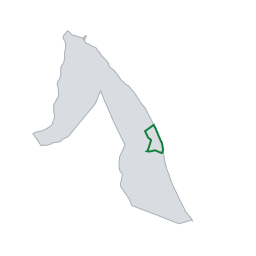 location of Shabeellaha Dhexe within Somalia, rotated 291°
{"feature_id": "SOM-2410", "entity_name": "Shabeellaha Dhexe", "entity_type": "Region", "adm_level": 1, "iso_a3": "SOM", "parent_name": "Somalia", "parent_adm1": "", "projection": "albers", "projection_center": [46.104, 3.02], "detail": "fine", "context": "in_parent", "style": "outline", "palette": "green", "viewbox_px": 256, "rotation_deg": 291, "n_neighbors": 0, "source": "natural_earth", "source_scale": "10m", "svg_char_len": 2871}
<svg xmlns="http://www.w3.org/2000/svg" viewBox="0 0 256 256"><g transform="rotate(291 128 128)"><path d="M64.6,220.3L64.4,219.7L63.1,218.0L60.6,214.9L58.8,212.5L56.9,210.1L56.9,208.1L56.9,202.4L57.0,190.9L57.0,179.3L57.0,167.8L57.0,162.0L57.0,159.7L57.2,159.3L59.3,157.2L62.2,154.4L65.9,149.1L67.9,146.2L69.6,143.8L70.0,143.0L71.5,141.6L74.3,140.7L76.1,140.6L82.0,139.5L82.9,139.1L83.4,138.6L83.9,137.4L85.1,135.8L86.6,134.7L89.5,133.3L92.2,132.0L92.9,131.8L96.2,131.1L97.0,130.8L98.4,130.5L98.9,130.5L103.6,130.8L107.2,131.0L111.0,131.3L111.4,131.1L114.0,128.2L118.2,123.7L120.9,120.8L125.0,116.3L128.1,113.0L131.6,109.4L135.0,106.1L139.1,102.2L141.7,99.7L145.6,95.8L149.4,92.2L152.8,88.9L148.1,88.9L143.6,88.9L139.2,88.9L138.4,88.5L134.6,87.3L129.9,85.7L124.0,83.7L119.8,82.3L115.3,80.8L110.8,79.3L107.3,78.2L102.8,76.7L99.0,75.4L98.4,75.1L96.3,73.2L93.5,70.6L93.0,70.6L91.6,70.1L90.4,68.7L89.2,66.9L88.1,64.7L87.6,63.2L86.0,62.6L85.3,61.4L83.9,59.7L83.0,58.8L82.6,58.1L82.2,56.6L81.4,54.9L80.6,53.9L80.5,53.4L80.5,53.1L81.9,50.9L82.5,50.1L83.3,49.3L83.9,48.6L84.1,48.0L85.8,45.4L87.3,43.1L88.5,41.3L91.1,43.3L93.7,47.6L96.7,51.0L100.8,54.2L102.5,55.2L103.9,55.8L111.5,55.7L116.9,52.8L121.7,50.7L123.4,50.3L126.2,50.9L129.3,51.1L132.1,51.7L133.5,51.5L139.1,49.1L142.6,46.7L144.9,45.7L145.9,45.7L149.1,46.5L153.3,46.2L159.0,44.1L160.8,43.7L162.2,43.7L165.3,44.6L165.7,44.5L167.4,44.4L171.8,43.4L175.3,41.9L181.6,40.8L186.4,38.1L187.3,36.8L188.7,35.2L190.8,34.6L196.3,36.5L197.1,36.7L196.8,37.8L196.6,39.0L195.5,41.1L194.8,43.4L195.4,46.9L195.7,52.6L195.5,53.4L195.2,54.2L195.0,54.9L194.4,55.1L194.2,55.5L194.6,55.6L196.3,55.0L196.3,54.3L196.4,54.0L197.8,54.7L198.8,55.0L199.1,55.7L199.0,56.2L197.4,56.0L196.6,55.6L194.3,56.3L192.8,57.0L192.4,58.1L192.1,62.5L191.5,65.5L191.4,69.3L189.6,71.9L188.9,73.6L186.1,77.3L184.6,80.3L184.2,81.8L181.7,86.1L178.3,89.3L177.1,93.5L175.8,96.1L174.5,98.4L171.5,102.6L169.9,105.5L168.0,110.6L167.4,113.8L162.0,123.1L156.3,130.5L152.8,136.8L146.5,144.0L137.9,153.4L126.5,164.5L123.5,166.7L111.1,173.6L103.0,179.3L98.9,183.2L94.6,186.6L91.1,189.8L80.8,200.7L79.7,201.7L78.7,202.7L77.4,204.5L76.5,205.2L74.0,208.3L72.4,209.9L70.7,211.5L69.9,212.7L69.4,214.0L68.8,214.7L67.2,217.8L65.9,219.8L64.5,221.4L64.6,220.3Z" fill="#d9dde1" stroke="#a8b0b8" stroke-width="1"/><path d="M140.1,150.9L139.7,151.2L137.3,154.1L135.4,155.7L134.4,157.0L132.5,158.5L131.5,159.6L130.7,160.2L130.6,160.3L130.5,160.5L130.4,160.6L130.2,160.7L130.1,160.9L129.9,161.2L129.8,161.4L129.6,161.6L129.1,161.8L127.8,163.2L127.6,163.4L127.4,163.8L127.3,164.0L126.7,164.3L126.5,164.7L126.2,165.0L123.5,166.7L121.9,167.6L120.5,168.5L120.4,168.5L118.5,168.6L117.5,168.9L116.7,168.5L116.8,161.1L113.8,156.7L113.1,153.9L114.2,154.4L115.9,154.5L125.0,153.9L126.3,150.2L126.9,149.5L131.2,145.1L140.0,150.8L140.1,150.9Z" fill="none" stroke="#15803d" stroke-width="2"/></g></svg>